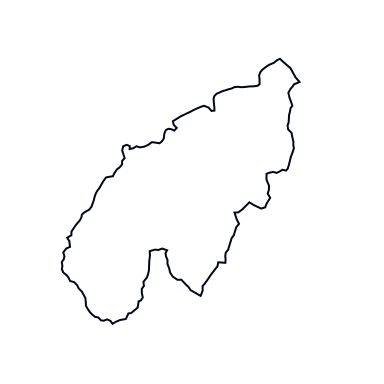 Joanópolis, São Paulo, Brazil, rotated 136°
{"feature_id": "56859067B24440388490831", "entity_name": "Joanópolis", "entity_type": "district", "adm_level": 2, "iso_a3": "BRA", "parent_name": "Brazil", "parent_adm1": "São Paulo", "projection": "natural_earth1", "projection_center": [-46.213, -22.935], "detail": "fine", "context": "isolated", "style": "outline", "palette": "ink", "viewbox_px": 384, "rotation_deg": 136, "n_neighbors": 0, "source": "geoboundaries", "source_scale": "gbopen_adm2", "svg_char_len": 2877}
<svg xmlns="http://www.w3.org/2000/svg" viewBox="0 0 384 384"><g transform="rotate(136 192 192)"><path d="M217.2,117.9L214.7,120.1L212.5,122.9L209.7,125.0L206.3,125.3L201.4,128.0L195.5,131.3L191.8,131.9L188.7,133.7L184.4,136.0L180.3,136.4L178.7,141.6L175.7,147.7L172.9,145.2L167.8,144.5L164.9,144.6L157.9,144.7L156.6,139.6L153.8,132.1L150.0,130.1L146.5,131.8L139.8,133.5L138.7,138.2L135.3,140.1L132.4,142.7L129.8,149.2L125.8,153.3L123.1,152.2L119.7,150.1L117.8,146.9L114.5,145.8L111.5,145.2L109.5,142.1L106.9,142.3L104.0,143.9L100.9,145.8L96.7,148.5L92.2,150.6L88.3,152.7L86.4,155.5L84.3,157.5L82.0,161.3L79.4,165.3L79.3,170.4L77.1,173.4L74.2,174.9L71.3,177.5L68.9,179.8L65.8,181.7L62.8,183.9L60.0,184.2L58.3,187.6L56.5,191.8L53.8,196.4L49.3,197.8L46.3,198.0L43.6,198.6L40.7,197.3L38.2,196.5L37.9,202.4L36.6,207.3L35.1,212.7L35.6,217.6L36.0,222.4L36.2,226.7L39.2,227.7L43.5,228.1L47.5,229.7L51.1,230.5L53.7,230.8L56.5,231.1L59.8,230.7L62.9,229.1L65.1,226.2L68.5,222.6L71.1,222.9L73.9,224.9L77.3,228.0L80.6,230.5L83.4,232.8L85.8,235.7L88.7,238.0L91.7,239.0L94.5,240.6L97.3,241.9L100.0,243.4L103.2,244.5L106.2,245.6L109.2,245.5L111.7,244.1L113.9,241.5L117.0,237.5L119.3,235.0L121.6,236.7L121.5,241.3L123.4,245.6L126.8,247.3L130.6,248.7L133.7,249.8L136.3,250.5L147.3,254.2L156.6,256.2L158.5,253.0L158.5,248.7L162.1,248.5L163.1,251.3L165.1,253.9L167.9,254.7L171.4,253.2L175.1,250.1L178.6,249.3L181.5,249.6L184.2,253.2L186.2,255.7L191.1,256.4L194.9,257.8L198.5,260.3L200.1,263.4L204.1,264.4L207.0,266.2L204.9,268.3L206.3,271.4L209.8,272.7L213.3,270.4L215.1,266.8L216.9,263.2L220.6,262.9L223.3,260.4L226.9,260.0L230.4,260.4L235.0,259.4L238.0,258.3L241.5,260.8L243.8,262.2L248.2,261.4L251.8,260.4L255.5,259.2L258.9,258.7L261.7,258.0L265.0,256.4L268.7,254.1L274.6,251.2L278.4,250.7L281.4,251.6L283.9,252.1L286.8,252.3L289.3,250.5L292.3,249.5L297.2,249.1L300.7,248.5L306.3,247.2L308.8,244.7L313.6,245.8L314.3,242.0L317.8,237.3L321.8,238.7L326.5,238.0L328.6,234.2L331.2,232.6L334.3,232.1L336.8,228.6L339.2,227.0L340.5,223.5L340.0,219.3L340.3,216.2L341.5,212.7L339.3,208.8L339.4,204.6L340.5,201.3L340.4,197.0L341.5,192.9L342.4,189.7L344.8,186.7L347.4,183.7L348.2,180.6L348.9,176.3L348.9,173.1L348.5,169.6L346.6,166.9L346.6,162.9L344.9,160.7L341.5,159.3L340.2,155.9L340.7,152.4L337.1,151.6L332.7,149.9L327.8,146.6L322.1,148.8L319.9,147.2L311.5,146.6L308.5,148.7L306.4,150.4L303.9,149.5L300.7,150.3L298.0,154.5L295.4,157.2L291.9,157.8L289.3,161.1L284.2,161.8L281.7,162.8L277.7,165.3L270.6,172.1L266.5,175.4L263.5,178.8L258.8,176.4L256.4,173.6L252.8,172.1L250.4,167.4L253.6,166.4L255.6,163.4L256.7,160.3L259.6,157.3L261.5,152.9L263.7,149.2L264.6,144.6L263.5,139.0L260.6,136.3L260.7,129.6L260.5,125.9L261.2,122.4L258.0,111.3L252.9,113.6L249.7,117.0L246.5,117.2L239.7,118.5L236.3,119.3L225.3,120.9L221.9,123.2L219.1,120.0L217.2,117.9Z" fill="none" stroke="#020617" stroke-width="2"/></g></svg>